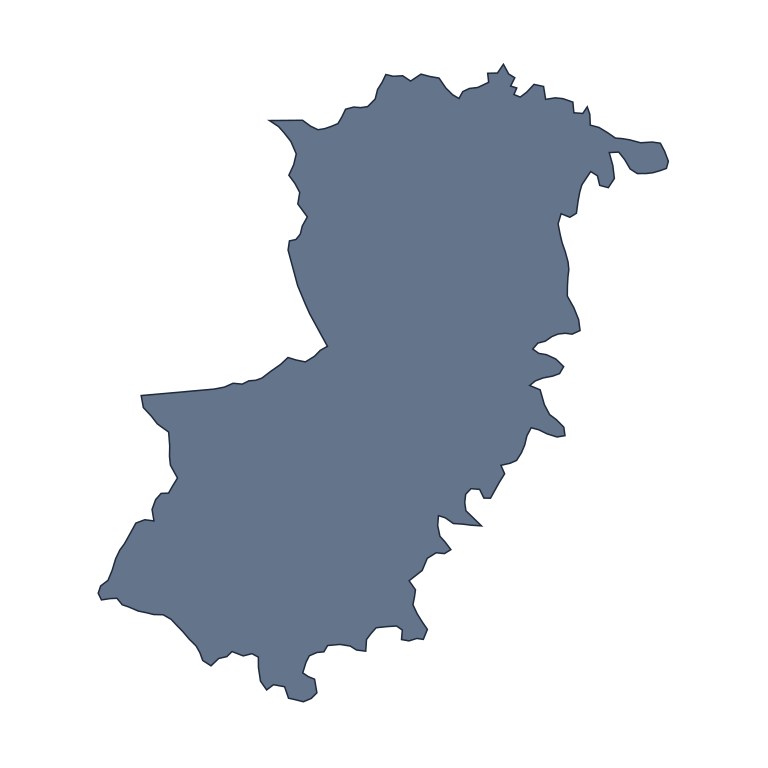 outline of Arroio do Tigre, Rio Grande do Sul, Brazil, rotated 174°
{"feature_id": "56859067B46715985023238", "entity_name": "Arroio do Tigre", "entity_type": "district", "adm_level": 2, "iso_a3": "BRA", "parent_name": "Brazil", "parent_adm1": "Rio Grande do Sul", "projection": "robinson", "projection_center": [-53.063, -29.255], "detail": "fine", "context": "isolated", "style": "filled", "palette": "slate", "viewbox_px": 768, "rotation_deg": 174, "n_neighbors": 0, "source": "geoboundaries", "source_scale": "gbopen_adm2", "svg_char_len": 3430}
<svg xmlns="http://www.w3.org/2000/svg" viewBox="0 0 768 768"><g transform="rotate(174 384 384)"><path d="M511.8,81.5L505.2,79.3L497.4,76.4L489.2,78.9L483.0,83.9L483.9,97.7L489.9,100.9L495.0,105.2L490.7,115.3L486.7,121.5L478.7,124.0L471.8,123.9L467.4,129.8L455.0,129.6L445.0,126.9L439.1,122.3L430.1,120.2L428.1,131.7L423.1,137.1L417.3,142.4L406.4,142.4L396.8,142.0L391.5,137.4L393.3,128.0L386.0,125.9L378.0,127.5L371.6,125.9L366.5,135.4L370.9,143.5L375.1,152.2L378.3,161.5L376.0,168.8L374.2,176.0L379.6,185.7L365.5,194.6L359.2,206.1L349.8,210.7L341.6,209.0L334.8,212.3L339.7,220.4L344.3,226.7L345.4,237.6L343.6,247.4L337.0,244.5L329.6,238.0L320.3,236.4L312.3,234.5L301.9,232.7L310.1,242.6L315.8,249.4L316.1,257.6L314.3,265.8L308.4,270.8L299.9,269.2L296.6,260.1L290.0,259.3L285.1,266.3L279.7,274.0L273.4,282.1L276.2,290.9L266.8,292.0L260.2,294.1L254.6,301.1L250.4,308.7L247.3,317.5L242.2,325.1L234.9,322.3L226.9,317.3L217.4,313.2L209.4,313.7L209.7,322.3L216.3,330.5L222.5,336.3L226.7,346.8L229.3,361.9L239.3,367.3L233.1,371.3L225.1,373.4L215.4,374.2L208.3,376.0L203.5,382.5L210.5,390.9L219.4,396.2L226.9,398.3L232.4,403.2L226.7,408.6L219.2,409.7L212.1,413.6L205.6,415.5L198.3,415.5L191.7,413.9L183.4,416.7L183.7,427.7L187.2,440.0L192.5,452.3L191.3,462.5L189.9,471.1L188.2,478.6L188.2,486.2L189.9,496.6L192.1,506.0L193.2,514.4L194.1,525.1L190.1,534.8L181.7,530.4L174.8,533.7L171.9,545.5L169.2,554.6L166.4,561.4L156.2,573.7L150.0,568.8L148.7,559.0L140.4,555.8L133.4,564.3L133.6,577.4L135.8,590.6L126.3,590.1L121.2,582.0L116.7,572.1L110.1,566.8L101.0,565.9L94.5,566.0L87.1,567.3L80.6,568.9L77.9,575.8L80.6,586.1L84.0,594.6L92.0,596.6L103.6,597.1L114.0,601.1L121.6,603.2L128.2,604.4L135.5,610.7L143.4,616.7L151.8,619.9L151.1,630.6L152.9,638.4L158.0,632.3L166.8,633.9L166.7,644.6L176.2,649.1L183.7,650.7L193.5,650.2L194.2,663.2L203.5,666.3L211.6,659.3L218.5,655.1L224.5,658.3L221.0,664.5L226.9,667.1L221.9,674.9L227.6,679.3L231.8,689.5L238.7,681.4L248.4,682.2L248.4,673.1L259.8,669.1L268.2,669.0L275.1,666.6L279.6,660.1L285.5,664.5L291.5,671.8L297.3,682.5L306.4,685.1L314.8,688.3L325.9,682.5L333.2,688.6L342.8,689.1L349.8,691.6L354.3,684.3L359.6,677.6L363.0,668.3L371.3,661.6L378.3,661.3L385.2,662.6L393.5,661.3L398.0,654.0L402.6,647.8L409.5,645.7L416.6,644.1L423.1,643.8L430.1,648.1L437.4,654.8L470.4,658.0L462.0,651.1L457.2,644.4L451.3,635.0L447.2,622.0L450.9,611.5L456.8,601.6L451.6,592.7L447.8,583.3L450.9,572.1L442.8,558.2L448.8,549.6L451.6,541.8L456.5,536.9L463.1,536.2L465.4,527.2L459.6,490.8L453.7,471.1L450.5,461.4L440.8,438.1L436.3,427.4L443.9,424.1L450.3,418.8L459.9,414.2L469.0,417.1L476.7,420.4L484.9,414.2L495.1,408.6L504.7,402.7L511.1,401.1L518.0,401.3L525.0,398.7L534.0,400.5L543.0,397.6L553.5,396.7L626.7,397.9L625.8,385.7L618.7,376.3L613.6,368.0L603.2,358.7L603.6,344.7L604.9,334.5L604.9,325.6L602.1,318.9L599.2,312.1L605.2,304.3L609.7,298.0L617.1,298.5L623.2,292.9L627.8,283.5L627.1,271.9L636.1,274.0L645.3,271.6L652.2,261.7L658.8,252.3L664.0,246.6L669.1,238.4L673.7,227.4L679.0,217.6L686.9,212.8L690.1,205.8L687.6,198.8L679.0,199.2L672.0,198.8L667.4,191.8L661.3,189.0L652.2,183.9L643.4,181.1L637.2,178.8L627.8,177.6L620.3,172.2L615.3,165.6L609.8,158.6L604.3,150.5L598.3,143.2L595.2,136.1L593.2,128.0L585.5,121.8L577.1,128.3L568.8,129.3L563.1,133.8L552.4,128.3L543.5,129.6L537.5,125.5L538.5,115.3L537.9,101.4L532.7,92.0L525.3,96.5L514.5,93.3L511.8,81.5Z" fill="#64748b" stroke="#1e293b" stroke-width="1.5"/></g></svg>